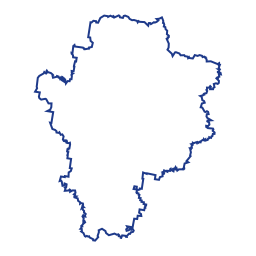 outline of Lithgow, New South Wales, Australia
{"feature_id": "25037944B76556859341208", "entity_name": "Lithgow", "entity_type": "district", "adm_level": 2, "iso_a3": "AUS", "parent_name": "Australia", "parent_adm1": "New South Wales", "projection": "orthographic", "projection_center": [150.218, -33.32], "detail": "fine", "context": "isolated", "style": "outline", "palette": "blue", "viewbox_px": 256, "rotation_deg": 0, "n_neighbors": 0, "source": "geoboundaries", "source_scale": "gbopen_adm2", "svg_char_len": 5714}
<svg xmlns="http://www.w3.org/2000/svg" viewBox="0 0 256 256"><path d="M61.0,176.5L59.7,181.0L61.0,180.6L61.7,181.4L62.5,185.8L64.3,185.5L64.6,183.5L66.6,184.3L66.2,187.1L64.9,187.7L65.5,188.5L64.8,190.8L68.6,190.5L69.6,189.5L70.3,190.0L70.2,191.7L72.6,190.4L75.1,190.5L75.5,192.8L74.0,194.3L75.0,194.7L74.5,196.2L76.3,196.4L75.0,197.5L77.7,198.4L78.1,200.8L80.2,202.3L80.1,203.7L81.0,203.1L82.9,203.5L83.1,205.0L82.5,205.8L83.6,207.0L82.2,206.9L81.7,208.4L82.7,207.8L82.9,209.8L84.1,210.9L84.0,212.4L85.7,214.0L84.9,215.4L85.3,216.6L83.8,216.4L83.2,215.3L82.5,216.4L83.7,218.5L83.3,220.7L84.4,220.9L85.1,222.3L84.1,223.1L83.9,222.2L83.4,222.4L83.0,224.2L81.9,225.4L82.2,226.2L81.3,226.2L81.4,227.7L80.5,228.8L81.7,228.9L81.9,231.0L81.2,231.5L83.5,233.1L84.8,236.1L85.6,236.6L86.8,235.9L88.1,236.6L89.1,236.3L89.7,237.5L93.3,239.3L93.2,240.3L95.1,240.6L98.2,237.1L97.6,236.0L98.9,232.1L98.7,230.3L102.0,228.8L105.4,231.0L106.1,233.1L108.9,235.2L114.5,233.6L117.0,234.8L118.3,234.3L119.0,235.0L118.8,236.2L121.0,236.6L120.8,237.8L121.2,237.9L122.2,235.4L125.5,235.8L125.9,236.8L126.8,236.9L126.7,236.2L129.0,233.7L130.0,233.9L130.9,232.4L133.1,231.8L133.7,230.6L132.6,228.8L131.3,229.8L130.9,228.5L130.1,228.4L128.9,230.2L126.6,230.8L126.2,229.3L127.8,227.8L127.0,226.3L132.6,227.3L134.2,218.7L137.2,219.0L137.7,215.7L141.3,216.0L141.0,214.0L139.1,212.7L139.6,209.4L144.2,210.2L144.7,207.6L145.3,207.7L145.2,205.3L146.1,205.4L146.2,204.5L143.6,204.0L143.9,202.3L141.5,201.9L141.7,200.5L140.2,200.2L140.6,198.1L138.9,197.9L139.4,194.9L138.6,194.8L138.5,193.4L137.0,193.2L137.1,192.4L136.5,192.3L136.9,190.2L136.3,189.4L133.6,189.0L134.4,186.3L136.8,186.7L136.6,189.5L138.6,189.9L139.7,189.5L139.8,188.5L141.8,188.8L143.3,178.8L142.4,178.6L143.1,172.5L146.5,173.8L146.5,173.3L147.4,173.4L155.5,175.1L154.9,179.2L159.0,179.8L159.9,177.1L162.6,176.3L162.5,173.8L163.8,173.9L164.2,173.0L162.7,172.1L163.8,171.6L164.1,170.4L167.2,171.7L167.1,170.8L170.0,170.9L170.2,169.1L170.8,168.7L171.3,170.1L173.5,171.3L173.8,169.7L173.1,169.5L173.1,168.8L174.8,168.4L175.5,167.2L176.1,168.7L175.5,169.4L176.4,169.8L176.8,169.0L177.3,170.6L179.0,169.3L183.6,169.4L184.0,169.0L183.4,168.4L184.2,167.9L183.9,167.0L184.6,163.5L188.3,162.3L186.5,161.1L190.6,156.1L190.1,155.5L190.9,152.3L190.3,149.7L190.8,149.3L189.9,148.2L191.9,147.8L191.5,146.2L192.5,145.1L191.3,144.1L192.7,143.7L192.8,142.7L193.7,143.2L196.3,142.2L197.0,143.2L197.7,142.1L198.6,142.8L199.5,141.8L200.6,142.3L201.1,141.0L202.8,139.9L203.8,140.3L203.9,139.2L204.7,140.0L205.5,139.3L205.7,140.5L207.7,139.9L208.1,138.6L209.3,138.2L209.3,137.2L211.1,137.8L211.6,136.3L212.4,136.1L212.8,134.0L214.5,133.9L214.6,132.5L212.7,130.8L213.4,129.4L213.0,128.6L207.9,128.1L206.2,126.9L206.2,125.8L208.0,126.1L209.4,124.6L209.1,122.5L207.3,121.4L207.5,120.6L211.3,120.3L207.4,118.0L206.5,116.5L206.8,114.2L208.6,114.1L208.1,111.9L206.9,111.2L205.7,112.0L204.6,111.7L202.3,107.6L200.7,107.3L201.9,103.5L204.7,102.7L204.1,101.1L202.3,100.1L201.7,96.9L200.3,96.0L203.0,95.3L203.6,94.2L204.4,94.5L204.6,93.5L206.4,93.2L207.2,91.0L206.4,89.9L207.1,89.0L207.0,87.6L209.0,87.7L210.2,86.1L210.9,86.8L210.2,89.2L213.1,89.2L213.4,87.7L214.5,87.2L213.8,84.0L216.0,83.3L217.7,83.9L218.8,82.9L218.9,80.8L216.4,78.3L217.1,77.6L218.0,78.2L218.4,76.9L219.3,76.7L218.8,74.0L220.9,74.4L220.5,72.8L217.1,72.0L219.0,71.5L219.4,70.0L218.2,69.2L219.6,69.1L218.8,67.6L219.8,65.0L217.9,65.2L219.2,64.4L219.1,63.2L217.7,64.1L210.8,61.3L206.7,61.5L206.6,59.3L204.9,57.4L205.3,57.2L204.2,56.6L202.6,57.1L202.0,55.8L199.6,55.1L197.6,55.9L194.8,55.1L192.8,58.5L189.3,58.0L189.0,57.2L188.1,58.1L187.6,56.6L184.9,56.2L184.3,55.2L180.6,55.3L179.4,53.5L175.9,52.2L175.0,52.4L172.6,56.1L171.8,53.7L167.5,49.7L168.6,47.6L168.8,43.6L166.7,38.9L167.8,38.5L167.6,37.4L168.8,37.0L168.8,35.7L166.9,34.2L167.2,30.7L165.6,29.2L165.3,27.1L163.8,26.5L164.3,24.8L163.8,23.1L163.0,22.9L163.3,21.0L161.9,17.4L159.3,18.7L156.7,19.0L158.3,20.5L156.6,21.9L154.8,22.6L154.0,22.2L150.9,24.1L150.1,23.0L148.8,23.1L148.2,25.7L144.5,22.1L139.6,21.8L138.6,21.1L137.7,22.4L137.0,20.9L134.0,20.0L132.1,20.2L129.6,18.9L128.3,16.9L125.1,15.6L123.7,16.0L122.9,17.9L119.9,17.3L119.6,16.0L118.8,15.4L114.0,17.6L113.0,16.9L113.9,15.4L112.5,16.8L110.4,15.7L108.1,16.9L107.9,16.2L104.2,15.6L100.4,17.9L98.1,22.7L96.2,22.5L96.1,21.2L93.4,20.8L91.5,22.5L90.5,22.3L88.2,37.2L90.2,37.5L90.6,40.9L92.8,42.8L91.8,47.0L89.8,47.4L89.1,48.4L88.8,47.9L88.3,48.6L85.1,49.2L84.5,48.6L84.1,49.0L83.0,47.6L74.9,46.5L74.5,45.0L73.3,46.0L72.5,52.9L71.5,52.7L71.6,53.7L73.0,55.2L73.1,57.3L76.7,57.8L76.1,61.5L75.1,61.3L74.0,65.7L73.9,66.6L74.4,66.7L73.6,71.3L71.7,71.0L71.9,72.9L72.5,73.3L71.9,73.4L72.2,74.3L71.4,75.0L71.9,75.9L71.5,79.2L70.1,79.2L69.6,81.2L67.6,81.1L65.9,83.5L65.4,80.8L64.5,81.9L62.6,80.7L64.7,79.3L64.4,78.7L63.3,79.2L63.4,78.1L62.5,77.1L61.5,77.9L61.6,79.5L60.3,79.4L60.5,77.6L59.7,78.2L58.5,77.5L58.6,76.6L57.0,76.0L56.7,76.8L53.0,77.7L52.5,75.7L53.1,75.1L52.6,74.5L50.8,73.0L47.8,72.1L46.8,70.6L46.5,71.1L47.1,72.5L46.1,73.5L44.3,72.0L43.7,73.4L39.3,75.9L37.8,77.8L36.7,86.8L37.1,88.2L35.1,91.7L39.8,92.4L38.9,96.7L39.4,98.2L41.2,99.6L45.3,98.8L46.2,99.2L48.5,103.4L51.5,103.4L51.3,107.2L50.2,109.6L47.2,111.1L53.2,112.1L51.4,123.0L50.1,122.7L52.4,129.0L55.0,129.9L56.4,131.1L56.5,132.5L58.8,132.9L59.4,132.3L60.7,134.8L62.3,134.4L63.6,136.4L62.9,139.5L63.8,141.0L64.9,141.2L64.8,140.3L66.0,140.3L66.7,140.6L66.9,141.4L66.0,141.4L66.4,142.7L68.3,143.2L69.9,142.7L70.1,144.3L69.4,148.4L68.5,148.4L68.4,149.4L67.5,149.2L67.3,150.1L67.1,151.5L68.3,152.0L67.4,155.0L67.8,155.1L67.4,158.3L71.1,158.9L69.8,168.1L71.7,168.4L70.8,171.1L68.7,172.4L68.5,176.7L64.9,176.1L64.8,177.1L61.0,176.5Z" fill="none" stroke="#1e3a8a" stroke-width="2"/></svg>